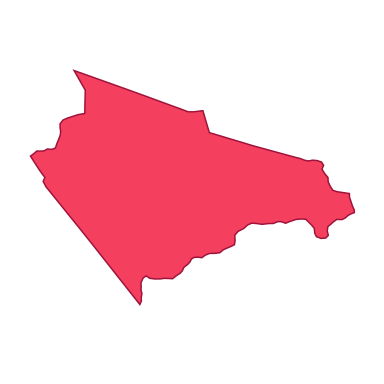 Japaratuba, Sergipe, Brazil (Natural Earth projection), rotated 93°
{"feature_id": "56859067B26587799955624", "entity_name": "Japaratuba", "entity_type": "district", "adm_level": 2, "iso_a3": "BRA", "parent_name": "Brazil", "parent_adm1": "Sergipe", "projection": "natural_earth1", "projection_center": [-36.885, -10.536], "detail": "fine", "context": "isolated", "style": "filled", "palette": "rose", "viewbox_px": 384, "rotation_deg": 93, "n_neighbors": 0, "source": "geoboundaries", "source_scale": "gbopen_adm2", "svg_char_len": 1611}
<svg xmlns="http://www.w3.org/2000/svg" viewBox="0 0 384 384"><g transform="rotate(93 192 192)"><path d="M76.9,316.1L96.0,303.9L107.4,303.6L119.2,303.2L120.7,309.8L122.6,314.7L124.7,320.3L126.9,324.6L130.7,327.3L134.6,327.1L138.1,326.4L141.4,326.4L145.8,327.7L150.9,329.5L155.2,330.7L156.8,334.3L156.6,338.7L158.7,342.0L159.1,345.7L159.2,349.1L161.7,351.7L164.6,355.2L177.7,345.8L182.1,342.3L185.1,339.6L189.2,341.2L194.4,338.1L235.6,301.1L248.4,289.7L307.1,238.2L303.5,236.8L300.5,237.2L295.8,236.7L292.7,237.8L289.4,237.8L285.3,238.2L280.4,236.3L278.2,233.3L280.4,229.6L280.8,224.6L280.4,218.8L279.7,215.4L279.6,211.0L279.6,206.9L276.2,203.0L273.6,199.4L271.2,197.5L267.7,196.2L264.4,192.4L261.8,190.3L259.0,189.1L257.1,186.3L256.8,182.1L257.1,178.7L254.4,175.5L252.4,171.1L252.1,166.2L251.2,161.1L248.0,157.6L246.3,154.3L244.5,150.6L242.5,146.9L238.2,146.4L232.9,147.0L228.9,143.9L225.8,138.5L222.0,134.7L220.0,130.7L220.1,125.9L220.6,120.4L219.5,113.8L219.2,109.2L217.1,104.7L217.0,101.2L218.3,96.9L216.1,92.2L213.9,86.5L213.2,80.9L213.3,77.0L216.2,73.7L218.8,70.8L221.9,68.0L226.6,67.3L230.1,65.4L231.6,60.7L231.0,56.1L228.2,53.6L223.8,54.9L219.4,54.5L216.7,51.5L214.5,49.3L211.8,46.0L211.7,40.8L209.9,37.6L207.3,35.0L205.5,32.1L204.1,28.8L201.2,29.1L198.4,30.7L194.4,32.3L188.7,34.5L185.3,34.7L184.1,47.2L182.9,51.5L178.9,54.3L174.8,56.5L170.4,57.0L166.7,60.4L162.4,63.4L158.4,62.0L155.3,64.2L154.1,68.4L153.9,73.4L154.9,77.0L154.4,81.2L153.0,85.3L151.9,90.9L142.8,132.7L131.8,177.8L110.2,185.4L111.8,194.2L112.1,199.9L95.3,254.5L76.9,316.1Z" fill="#f43f5e" stroke="#9f1239" stroke-width="1.5"/></g></svg>